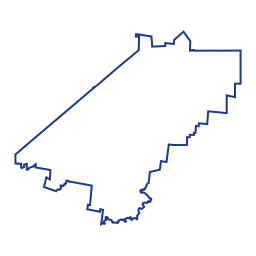 outline of Méndez, Tamaulipas, Mexico
{"feature_id": "50627088B67247085370697", "entity_name": "Méndez", "entity_type": "district", "adm_level": 2, "iso_a3": "MEX", "parent_name": "Mexico", "parent_adm1": "Tamaulipas", "projection": "robinson", "projection_center": [-98.5, 25.209], "detail": "fine", "context": "isolated", "style": "outline", "palette": "blue", "viewbox_px": 256, "rotation_deg": 0, "n_neighbors": 0, "source": "geoboundaries", "source_scale": "gbopen_adm2", "svg_char_len": 5430}
<svg xmlns="http://www.w3.org/2000/svg" viewBox="0 0 256 256"><path d="M15.4,154.5L15.5,163.5L18.5,163.6L19.1,163.7L19.1,163.8L21.2,163.7L21.1,167.1L21.2,167.6L21.6,167.7L21.7,167.9L21.8,168.1L22.3,167.8L23.2,167.5L23.5,167.2L24.0,167.1L24.0,166.4L24.1,165.4L24.0,164.6L26.8,163.8L26.7,169.5L28.3,169.5L28.6,168.8L29.0,168.4L29.1,168.0L29.2,167.9L29.5,167.8L29.8,167.7L30.1,167.6L30.7,167.3L31.1,167.2L31.6,167.0L32.3,166.8L32.5,166.7L33.0,166.6L33.1,166.4L33.3,166.4L33.8,165.9L33.9,165.7L34.1,165.5L34.2,165.3L34.9,164.9L35.4,164.4L35.6,164.3L35.8,164.2L35.4,167.4L43.0,168.7L50.4,170.0L50.2,174.4L49.8,179.5L46.3,177.4L44.0,187.0L56.2,191.2L56.5,190.5L57.5,190.0L58.1,189.3L58.5,189.3L58.8,189.4L58.9,189.7L59.0,189.7L59.4,189.7L59.9,189.5L60.1,189.3L60.3,189.2L60.8,188.6L60.8,188.0L61.0,187.8L61.1,187.5L60.8,187.1L60.5,186.3L60.6,185.7L60.8,185.4L61.0,185.3L61.3,185.3L61.7,185.7L62.7,185.8L62.9,186.0L63.3,186.0L63.8,185.3L63.8,185.0L64.4,184.5L64.5,184.3L64.5,183.8L64.9,183.6L65.1,183.7L65.2,183.9L65.5,184.0L65.8,183.6L66.1,183.3L66.1,182.7L66.4,180.7L67.4,180.8L67.6,180.7L68.1,180.7L68.4,180.9L68.7,181.3L68.8,181.4L68.9,181.6L69.1,181.7L69.2,181.4L69.4,181.5L73.7,182.3L91.8,185.6L90.0,205.1L87.9,204.7L87.3,209.3L97.2,211.2L97.4,211.1L97.5,211.1L97.6,211.3L99.9,211.8L100.3,209.2L103.0,209.8L102.0,218.5L101.3,223.7L101.1,223.8L101.1,224.3L101.6,223.9L102.2,223.4L102.4,223.4L103.3,223.6L103.9,223.7L104.2,223.9L104.4,223.8L104.6,223.7L104.7,223.3L104.8,223.2L104.5,222.8L104.3,222.6L104.2,222.5L104.2,222.4L104.0,222.2L103.8,222.1L103.8,221.9L103.9,221.6L103.9,221.4L104.0,221.3L104.1,221.2L104.4,220.8L104.6,220.6L104.8,220.5L105.1,220.3L105.7,220.2L106.2,220.0L106.2,219.9L106.3,219.8L106.1,219.2L105.9,218.8L105.7,218.5L105.6,218.2L105.6,217.6L105.6,217.3L105.7,217.1L106.0,217.0L106.7,217.0L107.2,217.1L107.4,217.2L107.6,217.5L107.7,218.0L107.9,218.7L108.2,219.0L108.3,219.1L110.1,219.9L110.3,219.9L110.5,219.8L111.2,219.9L111.4,220.0L111.6,220.1L111.7,220.4L111.8,220.8L112.1,221.5L112.3,222.2L112.3,222.3L112.6,222.5L112.9,222.7L113.0,222.7L113.3,222.7L113.2,222.3L113.6,222.3L115.0,222.5L116.1,222.5L116.4,222.6L116.8,222.9L117.3,222.9L118.0,222.7L118.3,222.4L118.4,222.1L118.2,220.9L118.8,220.9L120.2,219.7L120.4,219.6L120.7,219.5L121.3,219.5L121.5,219.7L121.8,219.9L122.3,219.9L122.4,219.7L123.4,219.5L123.5,219.5L123.7,220.1L123.9,220.3L124.2,220.5L124.3,220.5L124.4,220.8L124.7,221.2L124.8,221.5L125.3,221.8L125.5,221.8L125.6,221.6L125.5,221.4L125.4,221.3L125.5,221.2L125.8,221.0L125.6,220.6L125.4,220.5L125.4,220.3L125.2,220.2L125.3,219.1L125.3,218.9L125.6,218.6L126.1,218.5L126.4,218.3L126.8,218.3L127.3,218.0L127.5,218.0L127.8,217.9L128.4,217.9L128.7,218.1L128.9,218.2L128.9,218.3L129.3,218.3L129.6,218.2L129.8,218.1L130.0,217.9L129.8,217.6L130.1,217.2L130.4,217.1L130.7,217.2L130.8,217.3L130.9,217.5L131.1,217.9L131.3,219.1L131.2,219.7L131.3,219.7L131.8,219.8L132.1,219.7L132.6,219.2L132.7,218.9L132.9,218.7L133.2,218.7L133.4,218.5L133.6,218.4L134.0,218.2L134.6,218.1L135.4,218.2L136.1,218.4L136.4,218.5L136.5,218.6L136.6,218.9L136.6,219.2L136.9,219.4L137.0,219.4L137.3,219.0L137.3,218.5L137.3,218.0L137.2,217.3L137.1,217.0L137.1,216.8L137.1,216.6L137.3,216.4L137.2,216.2L137.1,215.8L138.6,213.7L139.2,213.2L139.3,213.1L139.1,212.6L139.0,212.2L138.8,211.8L138.7,211.6L138.5,211.3L138.4,209.7L139.3,208.2L139.7,208.0L139.8,208.1L139.8,208.3L140.1,208.6L140.7,208.7L140.9,208.8L141.4,208.9L141.6,208.9L141.9,208.7L142.2,208.5L142.7,208.1L142.9,207.9L143.1,207.9L143.7,207.4L144.0,207.1L144.1,206.8L143.5,206.0L143.5,205.6L143.3,205.4L143.1,205.2L142.9,204.9L142.5,203.9L142.7,203.5L142.9,203.4L143.7,202.8L143.9,202.8L144.2,202.7L144.7,202.6L145.0,202.6L145.4,202.6L145.9,202.8L146.3,202.8L146.5,202.8L146.8,202.9L147.0,202.9L147.4,202.7L147.5,202.6L147.7,202.4L147.8,202.1L147.8,201.7L148.3,201.3L148.4,201.2L148.6,201.2L148.7,201.3L148.8,201.6L149.3,202.1L149.6,202.0L149.9,201.8L150.2,201.5L150.4,201.3L150.4,201.1L150.7,200.7L151.2,199.6L151.2,199.2L151.1,198.8L151.0,198.5L150.7,198.3L150.4,198.3L149.7,198.5L149.6,198.4L149.5,198.1L149.2,197.7L148.9,197.2L148.7,196.9L148.4,196.5L148.3,196.4L148.2,196.3L147.9,195.9L146.5,194.6L146.3,194.3L146.1,194.2L145.3,193.5L144.8,193.2L144.4,193.0L143.9,192.7L142.5,192.2L142.3,192.3L142.2,192.6L141.9,192.9L141.6,192.9L141.3,192.7L140.9,192.3L140.8,192.2L140.5,191.4L140.5,190.2L141.7,190.2L142.1,189.9L142.3,189.6L142.8,189.3L143.6,189.9L143.8,189.9L144.0,189.8L144.5,189.1L144.6,188.8L144.8,188.8L145.0,188.8L145.3,188.7L145.3,188.4L145.3,188.2L145.4,187.9L145.7,187.5L145.7,187.4L145.7,187.2L147.3,183.7L148.6,183.0L149.9,172.0L159.8,169.7L160.0,168.4L160.3,167.0L160.2,166.9L161.0,161.1L166.5,162.0L167.2,156.7L168.8,144.5L172.4,144.9L173.4,145.0L178.1,145.0L187.0,144.9L187.0,137.2L189.7,137.2L189.8,134.8L193.9,134.9L193.9,132.9L195.4,132.9L195.9,126.0L198.6,126.3L198.9,123.3L207.2,124.1L208.2,111.3L216.6,112.1L219.4,112.4L226.7,113.1L226.7,95.4L235.0,97.1L235.0,83.7L240.6,83.7L240.6,83.4L240.6,70.7L240.6,50.5L237.9,50.5L238.0,50.6L236.3,50.6L226.6,50.6L218.4,50.7L216.5,50.7L216.4,50.6L194.3,50.7L194.2,50.0L192.1,50.0L192.1,50.7L190.0,50.7L190.3,41.1L183.5,31.7L174.3,39.8L173.7,44.0L165.3,43.0L165.3,46.0L160.1,46.3L152.2,46.6L152.0,42.7L151.4,36.4L136.1,34.1L135.8,36.5L139.1,36.5L138.7,50.2L117.6,67.7L97.9,84.6L94.3,87.5L94.0,87.1L93.3,87.7L93.6,88.0L62.9,114.1L32.7,139.7L15.4,154.5Z" fill="none" stroke="#1e3a8a" stroke-width="2"/></svg>